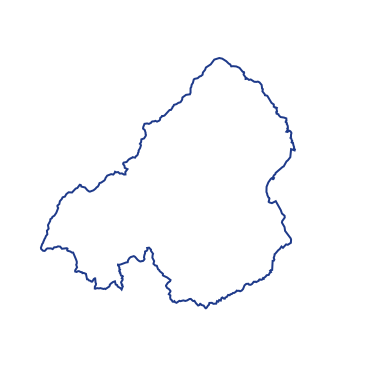 outline of Rong Kwang, Phrae, Thailand, rotated 209°
{"feature_id": "78962969B55827771181130", "entity_name": "Rong Kwang", "entity_type": "district", "adm_level": 2, "iso_a3": "THA", "parent_name": "Thailand", "parent_adm1": "Phrae", "projection": "natural_earth1", "projection_center": [100.384, 18.327], "detail": "fine", "context": "isolated", "style": "outline", "palette": "blue", "viewbox_px": 384, "rotation_deg": 209, "n_neighbors": 0, "source": "geoboundaries", "source_scale": "gbopen_adm2", "svg_char_len": 5972}
<svg xmlns="http://www.w3.org/2000/svg" viewBox="0 0 384 384"><g transform="rotate(209 192 192)"><path d="M214.1,323.3L217.2,321.9L218.6,320.9L220.4,322.1L222.1,322.1L225.4,323.0L230.2,323.3L233.1,322.4L236.7,318.6L237.5,312.7L240.2,307.6L239.8,305.2L240.4,301.8L239.6,299.7L240.4,297.7L241.4,296.7L242.2,294.3L244.6,292.2L245.0,291.3L244.1,287.8L244.3,285.7L243.5,283.3L243.6,282.1L241.4,278.1L241.2,276.4L244.3,274.1L246.2,270.0L245.4,268.0L245.5,265.4L246.1,264.3L247.1,263.5L248.2,261.3L250.0,259.5L249.9,258.0L250.2,257.0L250.0,256.3L250.2,253.6L251.4,252.8L253.1,245.6L253.8,244.7L255.1,243.9L255.0,243.0L255.7,241.5L255.0,239.6L255.3,238.5L256.7,236.6L258.5,236.5L259.3,235.5L260.8,234.6L261.3,233.9L261.4,232.6L262.7,230.7L264.5,230.2L266.6,228.6L266.1,225.1L265.5,223.7L263.4,223.3L261.1,221.1L260.8,220.2L259.9,219.6L259.7,218.4L259.9,215.6L261.8,213.5L260.7,210.9L260.9,208.9L260.2,208.8L259.3,208.1L258.7,205.3L258.8,202.4L258.1,201.2L258.2,200.3L257.6,198.3L258.0,196.6L258.4,196.1L258.4,194.5L260.9,193.6L261.2,192.5L262.2,191.6L262.4,190.7L263.1,189.9L263.7,186.6L266.0,184.6L266.1,183.7L265.6,182.9L263.9,182.3L262.5,180.5L259.5,180.7L260.0,177.1L258.7,175.1L259.9,174.3L262.3,174.3L264.1,173.1L266.2,173.6L267.8,172.5L269.1,172.4L268.9,171.0L269.3,169.1L271.4,168.4L274.1,165.2L274.4,162.3L274.1,160.7L274.3,159.5L276.0,156.2L277.2,155.0L276.9,152.7L277.0,151.0L277.7,149.8L278.0,148.1L279.0,145.7L281.4,142.9L282.1,142.6L284.3,142.8L287.7,144.1L291.4,143.1L292.7,144.2L293.7,143.9L294.2,139.9L295.4,138.6L296.7,133.4L299.8,131.9L300.9,129.2L300.9,126.4L302.6,124.6L302.5,122.7L303.1,119.9L302.2,117.1L303.1,114.9L302.6,114.0L301.3,113.2L300.6,108.0L300.9,104.6L302.0,102.6L301.9,101.1L302.7,99.5L302.0,97.9L301.9,93.2L299.6,90.4L300.1,87.8L298.0,84.8L298.4,82.7L298.1,80.6L298.2,79.0L297.9,77.7L298.0,76.8L297.6,75.5L297.8,73.9L297.1,70.0L296.4,69.1L293.9,68.4L292.5,68.9L292.0,69.6L291.7,71.5L291.2,72.5L288.0,74.3L286.2,74.5L285.7,76.8L283.9,78.0L282.8,79.5L280.8,80.3L278.2,79.3L274.5,82.0L273.7,82.2L273.4,82.1L273.1,80.7L272.4,80.3L269.4,81.0L267.8,80.8L266.6,81.4L260.5,76.6L258.9,75.1L258.1,73.5L258.0,72.2L256.0,70.4L256.2,66.9L255.6,65.8L254.2,66.1L253.2,67.6L252.2,68.0L250.6,68.0L249.5,68.5L248.5,67.9L247.5,68.7L245.1,69.0L241.5,64.8L240.6,65.2L239.3,64.7L237.6,65.1L236.6,64.8L235.8,65.3L235.7,68.2L235.2,69.3L234.8,69.5L232.5,66.1L231.4,65.2L231.0,63.9L231.1,62.2L230.2,60.4L229.7,60.5L228.4,61.9L226.6,62.6L225.6,63.5L222.4,64.3L221.4,65.2L220.6,65.2L218.5,69.3L218.6,70.5L218.9,70.9L218.7,72.2L217.5,74.9L216.1,76.5L213.9,74.1L212.3,74.3L211.2,73.3L207.8,73.2L206.3,72.6L206.8,76.0L207.9,76.2L208.2,77.3L209.0,77.4L210.3,78.7L210.1,81.5L210.6,82.4L211.6,82.5L211.6,84.7L212.2,84.9L213.3,84.5L214.2,85.0L215.3,86.4L215.9,86.3L216.5,87.4L217.4,87.6L217.3,89.2L218.3,89.5L218.7,90.5L219.9,91.5L221.2,92.0L221.5,92.6L220.5,93.0L219.3,94.0L215.6,98.3L214.2,99.4L214.8,101.3L214.7,103.7L214.1,105.3L211.8,107.7L210.4,107.7L206.6,106.3L204.4,106.0L203.1,106.4L202.6,107.1L201.5,107.8L201.1,109.0L201.0,110.4L202.3,111.5L203.1,113.9L203.3,115.6L204.2,117.2L203.1,118.6L203.0,120.2L204.1,121.3L202.6,122.5L199.9,121.7L199.5,120.7L196.1,119.1L195.9,117.8L194.8,115.3L191.6,113.2L190.9,110.5L188.6,109.9L187.0,110.4L184.3,108.0L182.7,107.8L181.9,107.1L177.8,106.4L177.1,105.0L176.7,104.9L172.4,105.2L168.1,104.6L167.9,103.4L169.1,100.9L169.4,97.6L169.2,97.2L167.2,96.0L165.5,96.0L163.1,95.2L162.6,94.5L162.8,91.4L160.8,91.1L159.9,89.0L158.7,87.8L157.3,87.6L155.8,86.7L155.0,87.0L154.5,88.0L153.4,87.4L151.8,87.6L150.3,90.7L149.2,90.9L147.0,93.0L145.0,93.5L143.7,94.8L142.3,97.2L141.2,97.9L138.6,97.2L137.7,97.4L137.1,98.0L134.5,96.6L131.6,95.7L130.7,96.8L130.7,98.1L130.4,98.3L128.9,97.8L126.7,98.3L124.1,97.0L123.5,97.0L123.1,97.9L122.9,100.6L122.5,101.5L123.0,103.4L120.9,104.7L119.1,104.6L116.7,106.1L117.2,108.7L115.8,108.9L115.9,110.7L114.2,111.0L114.8,113.4L114.5,114.2L114.3,114.5L112.6,114.2L111.6,114.6L111.7,115.8L110.7,117.1L110.5,119.5L109.0,120.0L108.8,121.2L107.8,122.0L107.2,123.6L106.1,124.3L105.2,126.2L105.1,127.4L104.0,127.7L103.1,128.4L101.8,128.5L100.8,129.8L100.3,131.9L100.8,135.8L100.0,137.9L98.2,139.1L97.1,138.6L95.7,139.3L94.9,140.7L94.5,143.4L93.7,143.7L93.4,144.2L92.2,144.3L90.6,146.7L90.8,147.2L90.6,148.2L89.9,148.6L89.1,148.6L88.4,149.2L87.9,150.0L88.1,150.6L87.3,150.8L87.7,151.5L87.4,151.6L86.5,154.0L86.4,155.3L84.7,156.7L84.8,158.9L84.1,160.2L85.5,160.9L85.2,161.8L84.7,161.8L84.1,162.7L88.1,170.9L87.2,171.5L87.2,172.8L88.6,174.0L89.0,176.3L89.6,177.7L89.3,178.2L88.3,183.1L87.6,184.6L87.3,187.7L85.4,187.3L84.3,191.8L82.6,192.3L80.9,195.5L82.2,198.3L83.2,199.3L91.7,203.1L94.1,206.2L98.5,208.8L99.0,210.2L98.5,214.6L99.5,216.1L102.9,216.8L105.6,219.2L114.3,224.6L116.7,221.0L119.3,220.4L120.2,220.6L121.1,223.8L121.7,224.3L122.4,224.2L124.8,226.0L125.3,226.8L126.9,228.1L129.3,232.7L129.9,237.4L129.5,241.3L129.1,242.6L127.3,242.5L127.0,243.0L127.1,244.0L128.2,244.0L128.4,244.8L128.4,246.4L127.8,247.9L128.1,249.2L124.9,257.9L124.2,258.8L124.2,264.5L123.5,266.3L122.9,270.1L126.1,277.5L122.4,278.1L122.6,279.1L124.1,279.6L124.4,280.7L125.9,282.0L127.6,284.0L128.2,283.6L129.0,283.7L129.3,285.5L130.2,285.9L131.3,287.1L132.1,287.1L132.2,288.3L133.1,289.9L133.6,291.7L134.1,292.2L135.4,292.8L136.4,292.8L137.7,290.7L138.7,290.5L138.4,293.0L138.9,293.9L139.4,293.8L139.5,295.1L140.7,296.6L142.0,297.3L142.3,298.2L144.0,298.6L144.3,299.4L143.9,300.1L145.2,302.1L147.6,301.7L150.9,300.5L153.3,301.2L154.1,301.9L156.0,301.5L157.0,302.6L156.5,303.0L156.6,303.6L158.4,305.7L158.5,306.7L159.1,306.7L160.1,306.1L160.6,306.4L161.8,306.2L162.9,308.2L165.7,308.5L172.5,312.5L173.3,312.6L175.1,312.0L175.7,312.7L179.2,314.2L179.9,316.3L180.8,316.4L183.0,319.4L186.1,320.6L187.9,320.5L188.9,319.6L191.0,318.6L195.2,318.9L196.5,317.7L199.5,318.1L199.6,317.0L199.9,316.8L200.7,318.2L203.8,319.7L204.1,320.5L204.1,321.4L204.9,322.1L205.9,321.7L210.6,323.6L214.1,323.3Z" fill="none" stroke="#1e3a8a" stroke-width="2"/></g></svg>